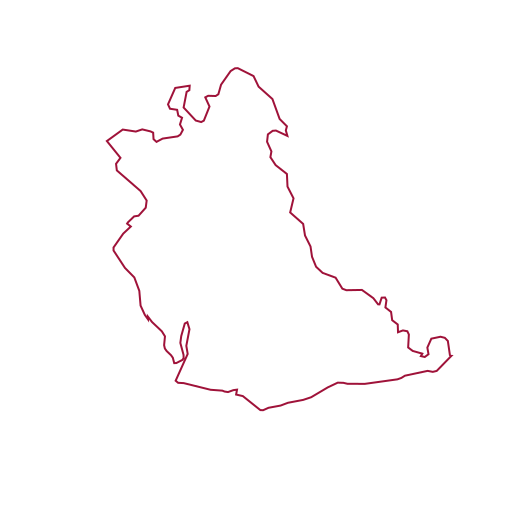 the border of Suffolk, rotated 62°
{"feature_id": "GBR-2318", "entity_name": "Suffolk", "entity_type": "Administrative County", "adm_level": 1, "iso_a3": "GBR", "parent_name": "United Kingdom", "parent_adm1": "", "projection": "orthographic", "projection_center": [1.069, 52.241], "detail": "fine", "context": "isolated", "style": "outline", "palette": "rose", "viewbox_px": 512, "rotation_deg": 62, "n_neighbors": 0, "source": "natural_earth", "source_scale": "10m", "svg_char_len": 2084}
<svg xmlns="http://www.w3.org/2000/svg" viewBox="0 0 512 512"><g transform="rotate(62 256 256)"><path d="M435.9,130.4L442.3,150.4L441.3,154.3L438.0,158.4L431.6,180.7L431.9,184.9L431.3,189.0L420.0,219.9L411.8,235.2L409.0,238.4L406.2,243.3L405.7,254.3L406.6,273.6L405.2,281.9L400.6,296.7L399.6,304.5L395.9,316.2L395.5,322.1L394.1,324.5L373.5,333.4L369.0,338.6L365.1,335.5L363.8,339.0L363.0,344.6L360.9,347.4L359.1,348.9L352.8,358.9L334.3,379.5L331.4,384.3L328.4,385.5L310.4,362.3L302.6,359.7L289.4,349.1L282.2,347.7L282.2,350.6L291.6,359.6L297.2,363.6L309.3,366.4L312.1,367.8L313.2,369.7L313.1,376.6L312.2,378.5L306.8,377.2L303.7,377.6L298.0,379.5L294.9,379.9L291.6,379.0L284.2,374.1L278.3,374.5L265.5,378.8L258.8,379.9L261.2,381.1L255.8,381.8L245.6,381.2L232.0,375.4L217.8,373.5L205.0,377.3L184.3,379.2L181.6,377.8L173.9,362.7L171.2,352.7L166.9,354.6L166.2,353.4L163.8,345.0L165.3,340.8L161.6,330.7L155.7,326.5L144.5,327.4L115.1,338.7L108.9,336.3L105.7,329.6L84.5,333.7L81.8,314.3L89.7,303.7L90.8,297.0L96.5,290.6L98.8,288.9L104.7,291.6L108.5,290.3L108.5,283.3L113.6,269.0L113.3,265.8L110.3,261.3L104.2,261.4L99.2,256.4L95.6,258.7L89.9,257.0L85.6,262.8L80.8,262.5L69.7,248.4L74.5,234.6L78.3,237.0L78.5,240.2L90.9,250.2L108.1,245.6L112.0,241.5L112.0,238.5L102.2,226.9L92.1,226.3L92.1,223.0L95.8,216.5L95.5,213.3L88.3,206.4L80.8,191.6L80.4,186.5L81.6,183.9L96.0,173.7L107.7,174.2L125.1,167.8L146.1,170.8L156.0,167.8L159.1,170.7L164.7,171.9L154.6,179.5L153.3,182.5L154.2,188.4L160.3,192.6L170.9,193.3L175.5,196.9L185.0,196.0L198.1,190.2L209.5,195.6L222.7,195.8L233.6,205.4L249.8,199.3L260.9,203.1L273.2,203.4L283.0,206.9L293.7,208.0L302.2,205.1L312.5,195.9L325.4,195.1L328.6,192.3L335.7,178.4L348.3,172.2L356.0,170.9L356.7,169.7L351.8,164.6L353.2,161.6L356.3,161.6L362.2,165.9L368.8,163.0L376.6,165.9L383.0,163.0L390.0,166.4L390.7,161.2L393.5,157.7L397.1,157.9L408.2,164.6L413.4,162.2L420.3,155.0L421.8,157.4L424.4,154.4L423.7,149.8L417.3,147.7L411.3,140.0L413.9,131.0L416.9,127.7L421.1,126.5L434.5,131.3L435.4,131.2L435.9,130.4Z" fill="none" stroke="#9f1239" stroke-width="2"/></g></svg>